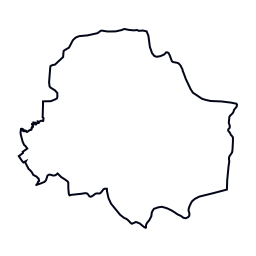 Buon Ho, Đắk Lắk, Vietnam (Mercator projection), rotated 273°
{"feature_id": "81297802B72254139131894", "entity_name": "Buon Ho", "entity_type": "district", "adm_level": 2, "iso_a3": "VNM", "parent_name": "Vietnam", "parent_adm1": "Đắk Lắk", "projection": "mercator", "projection_center": [108.269, 12.851], "detail": "fine", "context": "isolated", "style": "outline", "palette": "ink", "viewbox_px": 256, "rotation_deg": 273, "n_neighbors": 0, "source": "geoboundaries", "source_scale": "gbopen_adm2", "svg_char_len": 4678}
<svg xmlns="http://www.w3.org/2000/svg" viewBox="0 0 256 256"><g transform="rotate(273 128 128)"><path d="M150.1,41.7L147.5,41.9L143.0,42.0L134.3,42.2L134.2,42.5L133.9,42.8L133.4,43.2L133.2,43.2L132.9,43.0L130.8,43.0L130.6,42.9L130.6,42.7L130.6,42.4L130.6,42.2L130.7,41.9L130.7,41.4L130.7,41.0L130.6,40.7L130.2,40.0L129.9,39.5L129.7,39.2L129.6,38.9L129.6,38.6L129.7,38.3L129.8,37.9L129.9,37.7L129.9,37.4L129.7,37.4L129.6,37.5L129.3,37.9L129.1,38.2L129.0,38.5L128.8,38.7L128.7,38.7L128.4,38.6L128.4,38.4L128.3,38.2L128.3,37.8L128.3,37.3L128.3,37.1L128.2,36.8L128.1,36.7L127.7,36.4L127.2,36.3L127.1,36.2L126.9,36.0L126.7,35.9L126.7,35.7L126.8,35.4L127.0,35.3L127.4,35.4L127.5,35.4L127.8,35.4L128.1,35.3L128.2,35.2L128.4,35.0L128.4,34.9L128.5,34.8L128.5,34.4L128.5,34.0L128.6,33.8L128.6,33.4L128.6,33.2L128.4,33.2L128.1,33.3L128.0,33.5L127.9,33.6L127.7,33.7L127.4,33.6L127.4,33.3L127.4,32.5L127.3,32.3L127.3,32.1L127.2,32.0L127.0,31.9L126.8,31.9L126.8,32.0L126.7,32.0L126.4,32.4L126.2,32.8L126.1,33.0L125.9,33.2L125.7,33.2L125.3,32.9L125.2,32.9L124.8,32.9L124.6,33.0L124.4,32.9L124.2,32.9L124.2,32.7L124.2,32.3L124.2,32.2L123.8,32.1L123.7,32.1L123.4,32.2L123.3,32.3L123.2,32.3L123.0,32.2L122.9,32.0L122.9,31.8L122.8,31.6L122.7,31.6L122.2,31.7L121.6,31.7L121.4,31.7L121.2,31.5L121.1,31.4L121.0,31.2L121.0,30.7L121.0,30.4L120.9,30.3L120.8,30.2L120.6,29.9L120.5,29.7L120.3,29.4L120.1,29.0L119.8,28.8L119.5,28.4L119.0,27.8L118.9,27.7L118.8,27.3L118.8,27.1L119.0,26.8L119.0,26.7L119.3,26.5L119.5,26.5L119.8,26.4L119.9,26.2L119.9,25.8L119.9,25.7L120.0,25.5L120.1,25.3L120.2,25.1L120.2,24.9L119.9,24.7L119.8,24.8L119.6,24.9L119.5,25.0L119.4,24.9L119.3,24.7L119.3,24.4L119.3,24.1L119.5,23.6L119.7,23.3L119.8,23.1L120.0,23.0L120.3,23.4L120.4,23.5L120.5,23.6L120.8,23.7L121.0,23.5L120.9,23.3L120.8,23.2L120.5,23.0L120.4,22.9L120.3,22.6L120.3,22.4L120.4,22.2L120.5,22.1L120.9,22.1L121.1,22.2L121.2,22.3L121.3,22.3L121.5,22.3L121.5,22.2L121.7,21.9L121.6,21.7L121.6,21.4L121.5,21.2L117.6,20.9L114.7,21.6L108.8,23.5L105.6,25.2L104.9,26.2L103.6,27.4L102.2,28.5L98.7,24.1L97.7,24.5L97.1,23.9L94.2,20.4L89.7,23.8L88.1,25.3L89.5,27.7L88.3,27.1L87.2,27.8L85.4,28.8L84.4,29.4L83.2,30.2L82.2,30.6L81.4,31.6L79.5,33.7L78.4,34.5L76.1,36.0L76.0,36.3L75.5,37.4L75.3,37.7L75.0,38.5L74.9,38.8L74.7,39.2L74.6,39.4L74.4,39.6L74.2,39.8L73.8,40.0L73.7,40.1L73.5,40.3L73.3,40.6L73.0,41.1L72.9,41.3L72.7,41.4L72.4,41.5L72.1,41.6L71.8,41.7L71.5,41.7L71.3,41.7L71.1,41.8L70.9,41.9L70.7,42.0L70.4,42.0L70.2,41.7L69.9,41.2L69.0,40.8L67.9,40.6L67.7,40.5L67.5,40.4L67.2,40.0L67.1,39.9L66.9,39.7L66.6,39.5L66.4,39.4L66.3,39.5L66.7,40.2L68.1,43.8L69.8,47.4L71.5,48.8L74.3,49.6L76.1,50.0L76.9,50.9L77.3,51.7L77.3,52.9L76.6,55.8L76.8,57.3L77.6,58.8L78.9,60.1L75.6,63.7L73.1,68.1L71.3,70.7L70.3,71.2L64.3,71.6L59.4,72.3L57.7,73.1L58.3,75.0L59.8,84.5L60.7,88.7L60.5,90.5L59.8,91.4L57.9,92.9L57.5,93.7L57.4,94.5L58.6,96.5L60.5,98.7L61.0,99.8L61.1,102.8L61.4,103.6L62.4,104.6L64.6,106.1L65.6,106.8L66.2,108.1L66.2,110.1L63.8,110.3L56.9,112.2L51.6,115.0L47.8,118.4L40.9,124.7L38.0,128.8L37.2,131.1L36.1,132.7L33.2,135.8L32.6,136.9L33.9,139.6L34.5,140.6L34.3,141.8L33.3,144.7L29.9,149.3L29.3,150.6L29.6,151.2L31.1,151.0L32.5,151.2L33.9,151.8L37.4,154.3L38.3,154.6L41.0,155.9L44.8,156.2L46.8,157.0L48.6,158.1L50.3,162.2L51.1,166.0L49.9,171.1L48.1,175.5L46.5,178.5L44.3,182.1L43.0,185.4L41.2,188.1L40.9,190.5L42.2,192.8L43.6,193.8L46.0,193.8L48.0,193.0L49.7,192.7L52.4,193.3L56.3,194.8L58.4,196.0L60.8,198.6L63.2,202.7L67.5,216.9L71.7,230.0L81.0,229.8L94.8,230.4L99.9,230.9L101.9,230.5L103.8,230.4L105.3,230.9L109.0,233.2L111.8,233.5L119.8,233.5L124.1,233.3L125.7,232.0L126.6,231.0L128.5,230.1L130.4,228.3L131.2,228.1L132.0,228.3L133.5,229.5L135.2,229.6L138.4,228.4L143.3,228.6L144.7,228.7L145.9,229.6L148.3,231.8L149.7,232.5L151.8,233.0L153.7,234.5L155.4,235.5L157.1,235.6L157.9,235.0L158.7,229.9L159.4,220.3L159.3,209.0L160.2,203.8L161.1,200.3L163.5,196.3L166.7,190.9L170.4,188.3L180.1,183.1L186.4,180.4L187.7,179.7L189.2,179.4L193.1,177.2L195.1,175.2L195.7,173.7L196.2,169.7L196.9,168.4L203.3,165.6L205.1,164.4L205.6,163.2L205.5,162.1L203.4,160.4L201.5,156.7L200.6,153.1L201.3,150.5L204.0,148.1L210.1,145.6L216.6,144.4L221.3,143.5L225.5,141.5L226.1,137.7L225.6,133.7L226.3,132.0L225.8,128.6L226.0,123.8L226.7,119.2L225.3,116.0L223.8,110.4L223.3,102.5L223.7,98.5L223.9,96.9L223.6,95.6L221.1,92.6L218.4,82.8L217.2,74.6L216.1,71.9L214.9,70.3L212.7,68.3L205.2,64.9L202.8,61.2L201.7,59.8L200.4,59.6L195.5,59.5L187.5,51.8L186.8,49.1L185.9,47.5L184.9,47.2L169.5,46.8L165.4,47.5L164.3,48.5L161.7,53.2L159.2,55.6L155.4,55.8L153.8,55.5L152.5,53.3L150.7,49.4L150.4,44.3L150.1,41.7Z" fill="none" stroke="#020617" stroke-width="2"/></g></svg>